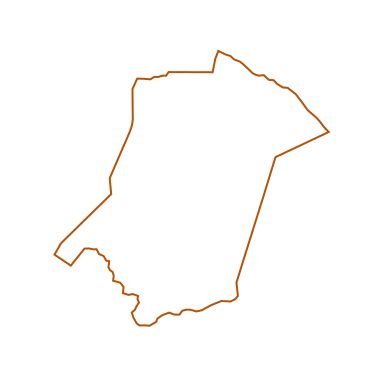 São Fernando, Rio Grande do Norte, Brazil (Albers equal-area conic projection), rotated 196°
{"feature_id": "56859067B56455685528650", "entity_name": "São Fernando", "entity_type": "district", "adm_level": 2, "iso_a3": "BRA", "parent_name": "Brazil", "parent_adm1": "Rio Grande do Norte", "projection": "albers", "projection_center": [-37.147, -6.315], "detail": "fine", "context": "isolated", "style": "outline", "palette": "amber", "viewbox_px": 384, "rotation_deg": 196, "n_neighbors": 0, "source": "geoboundaries", "source_scale": "gbopen_adm2", "svg_char_len": 1309}
<svg xmlns="http://www.w3.org/2000/svg" viewBox="0 0 384 384"><g transform="rotate(196 192 192)"><path d="M306.9,93.9L288.2,87.8L279.7,108.0L275.5,109.3L270.8,109.7L268.0,110.7L264.3,106.7L259.3,106.1L255.6,102.4L252.5,102.6L251.6,96.8L249.5,94.4L246.2,93.2L244.1,89.8L243.4,85.0L235.9,85.0L231.6,81.8L230.5,75.7L224.7,75.6L220.7,77.6L215.2,77.2L214.9,74.1L212.5,71.0L213.7,67.3L214.5,62.9L216.7,59.6L213.8,55.2L209.0,50.5L205.7,49.2L201.0,50.7L196.0,51.7L190.6,57.4L190.4,60.8L186.5,65.5L180.6,69.8L175.3,69.3L170.3,70.6L168.6,75.2L164.3,77.6L161.1,78.4L154.8,78.4L149.9,81.1L142.4,88.5L137.1,92.7L133.7,95.3L124.6,97.4L120.8,101.1L119.2,104.8L124.3,117.1L123.6,148.5L122.4,196.4L122.1,208.8L121.5,241.5L121.3,248.6L77.1,287.4L80.9,289.5L83.6,291.3L88.6,295.0L92.1,297.3L96.0,299.2L103.1,302.4L112.0,309.3L119.3,314.7L128.8,318.5L133.7,317.5L139.8,319.3L144.5,322.0L148.7,321.0L152.1,322.5L155.2,324.1L159.9,322.2L163.4,322.3L166.4,322.9L177.9,328.9L182.1,330.6L188.0,331.0L192.5,333.3L197.9,333.5L205.6,334.8L206.3,326.4L205.2,312.8L247.6,300.8L248.9,296.7L252.4,295.7L256.2,293.3L259.9,292.3L263.1,288.8L269.3,287.6L275.9,285.9L277.6,274.7L274.8,265.1L268.9,245.4L268.1,239.7L268.3,233.7L274.9,182.6L269.1,167.7L301.2,111.2L303.9,106.3L306.9,93.9Z" fill="none" stroke="#b45309" stroke-width="2"/></g></svg>